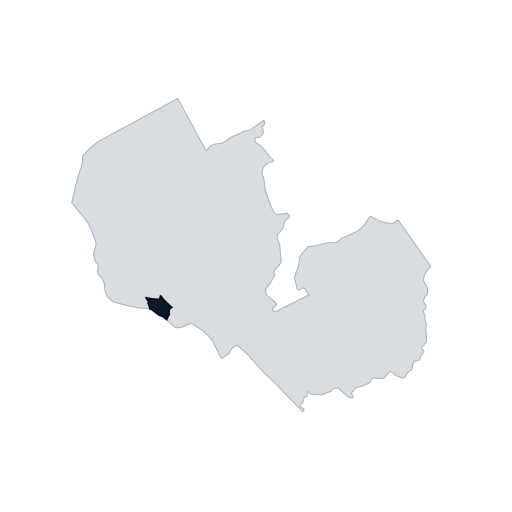 Gwembe, Southern, Zambia (highlighted), rotated 63°
{"feature_id": "96606910B99334137269025", "entity_name": "Gwembe", "entity_type": "district", "adm_level": 2, "iso_a3": "ZMB", "parent_name": "Zambia", "parent_adm1": "Southern", "projection": "orthographic", "projection_center": [27.8, -16.661], "detail": "fine", "context": "in_parent", "style": "filled", "palette": "ink", "viewbox_px": 512, "rotation_deg": 63, "n_neighbors": 0, "source": "geoboundaries", "source_scale": "gbopen_adm2", "svg_char_len": 5432}
<svg xmlns="http://www.w3.org/2000/svg" viewBox="0 0 512 512"><g transform="rotate(63 256 256)"><path d="M331.6,333.5L311.9,333.3L304.7,334.9L298.7,337.3L291.7,341.1L287.6,343.7L286.5,345.2L285.9,348.5L285.9,353.5L285.1,357.1L283.0,360.5L272.3,364.5L265.3,367.7L258.5,371.6L253.3,376.7L249.8,382.9L244.0,390.6L231.8,404.4L224.7,407.0L218.8,406.4L211.6,403.6L205.9,403.1L201.7,404.9L197.8,404.4L194.2,401.6L191.2,400.6L188.8,401.4L185.7,401.3L180.1,399.7L175.1,394.9L172.4,392.9L170.4,392.2L164.5,391.5L151.0,390.6L137.1,393.3L124.9,396.0L112.2,385.4L99.9,374.1L97.3,371.2L92.6,367.5L89.3,365.7L88.0,364.8L84.5,354.6L82.4,345.1L80.1,254.2L135.9,252.8L139.5,252.4L139.6,251.4L137.0,246.6L137.1,244.9L137.7,241.6L140.1,234.9L140.2,232.7L138.9,225.6L139.0,221.6L139.5,213.5L139.1,210.8L140.4,207.1L140.8,204.7L141.3,203.7L140.6,200.9L139.4,191.4L138.7,187.4L142.1,187.9L143.2,189.8L143.9,192.0L145.4,192.1L149.4,193.3L150.8,195.1L151.8,198.9L151.3,200.9L150.0,202.5L151.3,203.9L154.0,204.7L155.5,204.4L160.0,201.7L164.2,200.7L166.3,200.0L175.6,198.1L177.4,197.2L178.7,197.2L179.6,197.9L178.8,200.6L178.6,203.1L179.8,207.6L180.7,209.7L182.6,211.3L184.0,212.1L185.6,213.7L188.8,213.4L195.9,215.6L198.1,216.7L201.1,217.7L203.2,218.1L210.6,218.9L218.3,220.1L222.3,220.2L225.2,219.9L227.2,219.2L228.4,218.4L229.0,217.8L231.9,209.1L233.3,208.4L235.3,208.0L236.4,208.8L237.7,214.2L243.3,219.2L245.2,223.3L246.6,226.9L247.8,227.9L249.9,229.1L253.3,229.5L256.3,229.6L271.4,235.7L273.1,236.8L274.9,240.1L276.0,243.7L277.2,246.6L279.1,247.2L280.8,247.4L282.5,249.4L283.8,251.1L288.3,258.3L288.9,261.2L291.0,263.1L293.9,263.9L296.6,264.0L298.2,263.2L302.0,261.7L305.0,260.1L307.2,259.5L308.5,259.9L309.5,261.0L310.1,264.6L312.2,265.8L313.8,265.4L314.4,264.0L314.5,263.3L314.7,225.9L313.3,226.2L311.6,227.2L307.6,227.3L306.1,228.1L305.6,229.3L305.9,230.8L305.9,233.0L305.3,233.9L303.6,234.3L301.1,233.5L296.5,232.4L292.7,231.7L289.9,228.9L286.2,224.7L283.8,222.5L278.0,218.1L277.0,217.2L275.2,215.1L273.7,211.6L272.2,207.6L271.4,205.0L272.9,201.1L276.3,188.2L277.1,184.2L280.0,180.1L280.2,176.4L279.1,171.8L279.4,169.2L279.8,154.4L279.0,149.8L277.1,144.6L272.9,137.4L272.9,135.8L279.5,131.2L281.4,129.5L284.9,125.7L287.2,122.5L288.7,119.9L289.2,116.5L288.1,113.3L290.3,112.7L344.6,105.0L345.4,107.2L347.0,110.9L348.8,113.6L351.1,116.0L353.1,117.5L354.4,117.9L362.7,117.9L365.7,119.4L368.3,121.3L368.9,124.1L370.6,125.9L372.5,127.3L373.3,127.5L374.6,127.2L376.9,127.2L378.9,127.8L379.9,128.5L380.0,130.8L380.6,131.9L383.4,132.4L386.3,132.6L389.0,134.3L392.0,134.6L395.4,135.4L397.0,137.1L400.7,139.0L405.2,140.7L410.1,143.4L410.2,144.2L411.0,145.8L411.8,146.9L411.9,148.5L412.3,150.0L413.5,150.4L414.6,150.6L415.6,149.5L416.9,149.6L418.3,150.3L418.8,152.1L419.9,154.4L421.7,156.1L422.9,157.7L422.4,160.5L421.6,163.0L424.1,165.6L427.2,168.1L428.1,169.2L428.3,172.8L428.7,174.0L430.9,177.1L431.9,179.1L431.8,180.2L425.8,186.0L422.2,186.8L420.6,187.9L419.7,189.2L421.9,195.1L423.1,197.4L422.0,200.1L419.6,204.8L418.5,205.2L418.2,208.8L418.9,210.1L420.1,211.2L420.5,213.7L420.3,219.7L418.7,226.6L421.2,232.7L422.1,233.3L425.7,233.5L426.3,234.0L425.4,235.7L422.8,238.3L418.1,240.2L411.4,242.3L410.0,244.4L409.1,247.6L409.8,249.5L410.6,250.6L410.3,253.3L409.6,256.2L409.8,258.5L409.4,260.5L408.6,261.5L407.3,264.5L405.8,267.6L404.7,269.0L403.0,270.4L400.3,271.6L400.4,272.2L403.3,273.7L404.1,274.7L404.3,275.3L403.1,276.9L404.4,277.8L406.1,278.7L407.6,280.8L409.3,284.7L409.7,285.1L410.2,285.1L411.2,284.7L413.0,283.2L414.4,282.7L415.9,285.0L388.0,293.8L381.5,295.6L371.8,298.8L368.6,300.0L366.0,301.2L340.2,308.2L336.1,309.6L327.0,313.3L326.7,313.9L326.8,315.7L327.5,319.3L329.1,322.5L330.4,324.4L331.2,329.3L331.6,333.5Z" fill="#d9dde1" stroke="#a8b0b8" stroke-width="1"/><path d="M263.7,354.3L263.0,354.5L262.1,354.9L260.2,355.6L259.0,356.0L258.8,356.1L257.7,356.5L255.7,357.2L254.7,357.5L253.6,357.9L252.1,358.2L251.1,358.4L250.4,358.6L250.2,358.6L249.9,358.6L249.7,358.6L249.4,358.6L249.2,358.6L248.9,358.7L248.5,359.1L248.2,359.3L250.8,361.6L250.4,362.3L249.3,364.2L248.9,364.9L247.6,367.1L244.4,371.5L243.1,372.8L243.2,373.0L243.3,373.0L243.5,373.0L243.8,373.0L243.9,372.9L244.0,372.9L244.3,372.9L244.5,372.8L244.7,372.7L244.8,372.7L244.9,372.8L244.9,373.0L245.0,373.0L245.3,373.1L245.5,373.0L245.5,372.9L245.8,372.8L245.9,372.7L246.0,372.6L246.3,372.7L246.5,372.7L246.5,372.8L246.5,372.7L246.5,372.4L246.5,372.5L246.7,372.4L246.8,372.4L247.0,372.3L247.2,372.5L247.3,372.6L247.6,372.6L247.9,372.5L248.0,372.6L248.2,372.8L248.3,372.8L248.5,372.9L248.6,373.0L248.8,373.1L249.0,373.2L249.1,373.3L249.1,373.5L249.3,373.4L249.3,373.5L249.5,373.7L249.8,373.6L249.9,373.8L250.0,373.8L250.2,373.7L250.3,373.7L251.6,373.9L252.4,374.0L253.6,374.2L255.0,374.5L255.3,373.9L255.5,373.7L259.2,371.9L264.5,369.4L265.2,368.8L265.4,368.6L265.9,368.2L266.2,367.9L267.1,367.1L267.7,366.6L268.0,366.3L272.2,364.5L271.1,362.9L269.5,361.3L269.3,360.6L269.2,360.5L269.1,360.4L268.9,360.3L268.8,360.2L268.7,360.2L268.8,360.0L268.7,360.0L268.6,359.9L268.5,359.7L268.4,359.7L268.2,359.7L267.9,359.5L267.7,359.6L267.6,359.4L267.5,359.2L267.4,359.2L267.1,359.2L267.1,359.3L266.9,359.4L266.7,359.2L266.4,359.2L266.2,359.1L266.1,358.9L266.1,358.7L265.9,358.7L265.7,358.7L265.4,358.4L265.3,358.2L265.2,358.2L264.9,358.0L264.7,358.1L264.7,357.9L264.5,358.0L264.3,358.1L264.3,357.9L264.2,357.8L264.1,358.0L263.7,354.3Z" fill="#0f172a" stroke="#020617" stroke-width="1.5"/></g></svg>